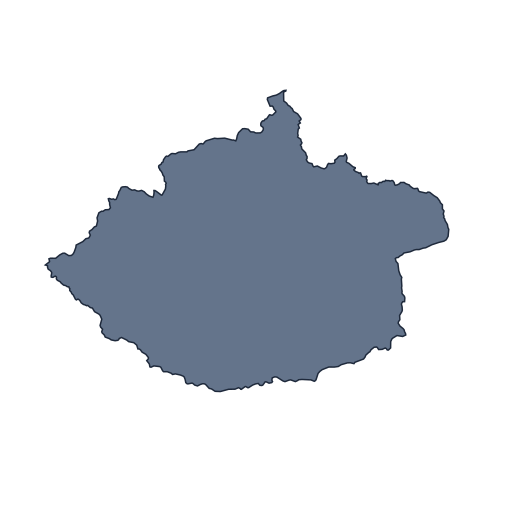 outline of Alpujarra, Tolima, Colombia, rotated 35°
{"feature_id": "7082276B44819240865688", "entity_name": "Alpujarra", "entity_type": "district", "adm_level": 2, "iso_a3": "COL", "parent_name": "Colombia", "parent_adm1": "Tolima", "projection": "orthographic", "projection_center": [-74.953, 3.394], "detail": "fine", "context": "isolated", "style": "filled", "palette": "slate", "viewbox_px": 512, "rotation_deg": 35, "n_neighbors": 0, "source": "geoboundaries", "source_scale": "gbopen_adm2", "svg_char_len": 6142}
<svg xmlns="http://www.w3.org/2000/svg" viewBox="0 0 512 512"><g transform="rotate(35 256 256)"><path d="M295.8,390.4L300.1,390.3L304.5,387.5L310.0,380.9L315.2,377.1L317.2,373.9L319.1,373.6L319.9,373.9L320.5,373.6L322.0,369.2L322.5,368.8L324.9,368.6L325.5,368.0L327.3,363.6L329.1,360.9L331.0,359.1L333.3,359.7L335.0,358.8L335.6,357.9L335.7,353.8L336.6,353.2L339.6,352.7L341.5,350.7L341.6,349.4L340.2,348.6L339.2,346.5L340.7,344.2L342.6,343.2L349.7,342.9L351.8,342.3L354.2,338.8L355.4,337.6L360.3,336.3L361.7,333.9L361.8,333.0L364.4,330.8L372.0,326.0L375.6,325.2L376.2,323.9L376.1,322.7L374.2,316.6L374.5,313.9L375.4,311.1L379.3,305.2L383.8,302.1L386.8,299.3L388.1,296.2L392.2,291.1L394.6,289.3L398.0,288.0L398.0,286.3L403.2,278.7L403.3,276.1L402.8,274.4L403.7,270.2L404.2,269.2L404.0,266.8L405.1,263.0L407.0,261.4L407.9,261.4L410.1,262.3L412.9,260.1L414.6,257.3L415.8,257.1L417.4,257.7L418.4,257.1L419.0,254.1L415.4,248.8L414.9,245.9L415.2,244.7L417.1,240.3L422.3,237.8L424.0,234.8L422.8,233.6L421.4,233.0L419.6,231.5L418.1,231.1L414.1,230.8L411.0,229.5L410.4,228.1L410.4,225.7L407.7,222.3L407.4,217.8L406.9,216.4L404.8,213.8L402.9,212.2L402.4,211.2L402.4,209.3L403.9,208.2L402.0,205.0L400.7,203.9L397.4,203.1L396.7,202.6L396.0,201.2L393.5,198.6L392.7,197.0L388.3,191.5L387.7,189.9L384.8,188.7L381.4,186.2L376.6,180.8L373.8,180.1L371.6,178.2L372.0,176.8L373.3,175.7L373.9,173.4L375.1,171.1L375.5,168.6L379.8,164.2L382.3,160.2L383.6,158.8L385.9,157.2L388.4,153.7L390.3,151.9L393.6,145.9L398.0,140.0L401.4,136.1L402.5,133.6L402.1,129.7L398.6,123.6L396.9,122.6L394.7,120.4L390.5,118.5L389.2,117.3L387.7,116.9L387.2,115.6L385.3,114.2L384.2,111.3L381.7,110.5L379.3,107.1L376.5,106.6L375.0,105.6L371.0,104.3L367.2,104.5L361.8,104.2L360.2,105.0L359.5,106.7L359.0,107.0L353.0,109.5L351.8,109.4L350.0,108.1L349.4,108.0L347.1,110.0L345.8,110.5L342.2,110.4L340.8,109.9L337.4,110.8L335.1,110.8L332.2,112.9L332.1,114.4L331.0,116.6L329.6,118.1L328.8,118.1L327.2,116.7L325.2,115.9L324.1,116.1L322.8,117.8L321.8,117.9L319.8,119.3L318.7,119.6L318.7,121.1L317.3,121.9L316.5,124.0L315.2,124.7L314.5,126.5L315.2,127.3L315.2,127.7L310.7,128.6L308.8,130.6L306.3,132.3L305.6,132.3L304.0,131.6L303.4,130.0L302.4,129.8L301.8,129.2L301.2,127.2L300.8,127.2L300.2,128.2L297.6,129.9L296.7,129.9L294.1,128.0L293.5,128.1L293.0,129.1L291.7,129.0L289.2,129.7L286.9,129.5L286.5,129.0L287.1,127.5L286.6,126.7L284.2,127.3L278.9,126.8L276.5,127.3L275.7,126.8L274.4,123.5L272.2,121.6L270.6,121.1L270.4,123.8L267.5,125.8L266.7,126.8L266.4,129.9L265.5,132.3L266.9,133.9L266.9,135.1L264.5,137.4L262.3,138.6L262.2,140.0L262.9,142.9L262.4,144.6L261.8,145.5L259.0,146.5L254.6,147.1L252.2,149.8L251.0,149.6L248.9,148.2L246.3,149.3L244.3,149.4L242.0,148.3L241.8,146.7L240.7,145.1L239.6,144.8L237.4,143.0L232.1,142.0L230.4,140.3L228.9,139.8L228.6,139.2L229.0,138.3L228.7,136.9L227.0,136.0L225.7,134.7L221.9,134.7L221.3,133.0L219.9,131.8L217.8,127.8L218.1,126.3L215.1,124.1L216.0,121.6L213.9,120.7L214.6,118.5L213.9,117.5L208.5,115.7L203.9,116.1L201.1,114.5L199.5,114.4L197.8,113.9L196.0,114.2L193.3,113.2L189.8,113.1L184.7,106.1L185.1,104.9L185.8,103.9L185.5,103.1L184.0,104.4L183.3,105.6L182.0,109.4L180.4,112.5L177.9,115.3L174.8,119.8L175.5,121.3L181.6,125.2L183.4,123.8L184.9,124.2L186.4,125.4L188.9,125.9L189.6,126.6L188.8,131.0L188.2,131.7L186.2,132.4L186.0,132.8L186.0,137.5L185.0,138.7L185.0,140.6L183.8,141.7L183.7,143.8L184.2,145.2L185.3,146.5L188.0,146.6L189.1,147.6L189.6,148.9L189.6,151.2L188.9,152.7L185.5,155.2L184.3,155.6L183.2,155.6L180.3,157.4L176.9,156.6L173.7,158.1L172.0,159.5L171.0,164.9L171.6,168.1L173.0,171.3L173.4,173.3L171.0,173.9L170.2,174.6L162.8,177.4L157.0,182.0L154.5,183.3L149.1,190.2L148.7,191.4L148.5,194.3L147.9,194.9L146.6,195.3L145.3,196.8L144.3,204.5L140.0,208.9L139.7,210.3L134.7,213.8L133.0,215.5L131.5,218.4L128.4,220.2L127.8,221.1L126.7,224.9L125.3,225.6L125.0,226.8L125.0,230.1L125.9,232.3L125.3,233.4L125.6,235.1L124.6,237.6L124.9,238.5L125.8,239.5L127.0,239.8L127.6,240.5L129.9,241.0L131.8,241.9L133.3,243.1L135.3,243.7L138.0,247.2L139.6,247.3L140.8,248.0L140.8,249.2L141.9,250.3L143.4,253.1L144.1,259.8L143.6,260.4L137.6,260.2L135.7,260.3L134.8,260.9L135.9,262.2L137.3,264.7L137.9,267.0L134.2,268.1L130.6,268.1L127.6,267.5L124.6,267.9L122.8,270.1L121.0,271.0L118.7,271.4L116.7,273.2L113.2,273.6L111.1,273.3L109.3,274.1L107.1,275.9L106.3,277.1L106.9,280.6L106.8,282.1L107.5,283.5L108.9,289.4L108.8,290.0L107.9,290.9L106.5,291.0L105.1,292.4L102.8,293.0L102.2,293.8L103.8,295.3L105.3,296.0L106.6,297.8L109.1,300.0L108.9,302.3L106.0,304.6L105.0,307.2L103.8,307.9L102.5,310.7L103.9,315.9L106.2,318.2L107.9,322.5L108.0,323.2L106.9,324.9L106.5,328.4L105.4,331.1L106.0,332.6L108.3,333.9L108.7,336.4L108.6,337.3L106.7,339.4L105.9,343.5L102.4,350.2L103.5,352.3L104.8,357.1L105.0,359.1L104.5,361.4L102.4,363.1L97.7,363.4L96.2,364.5L94.6,367.7L93.2,372.8L88.9,375.7L88.0,377.1L90.0,378.8L90.1,379.3L88.6,384.2L90.8,383.5L91.9,385.0L93.4,386.0L95.8,385.9L97.3,386.3L98.3,386.9L99.6,389.8L100.4,390.7L101.9,390.0L103.0,387.7L104.0,387.5L104.8,387.8L105.3,388.9L106.0,389.5L107.3,389.8L110.5,389.4L111.8,389.9L115.1,390.2L117.1,389.4L119.0,389.4L120.4,388.6L121.4,389.4L122.1,389.4L123.1,391.0L123.8,391.3L124.9,391.4L126.8,392.5L128.6,392.7L132.9,395.0L134.1,395.0L134.8,393.5L135.3,393.3L137.0,393.4L139.7,394.6L142.4,394.7L144.1,394.1L145.7,393.9L146.6,393.0L149.8,393.3L151.9,392.5L155.7,394.2L160.6,393.7L162.3,394.0L165.9,396.2L168.1,402.3L169.6,403.4L172.3,404.0L173.0,406.4L173.9,407.2L177.0,407.7L179.0,408.9L183.3,407.8L185.5,407.8L189.2,406.2L191.2,404.3L191.5,403.2L191.3,402.0L192.6,399.9L198.3,399.0L200.8,399.2L205.6,397.1L209.4,397.4L212.6,399.9L213.6,399.2L215.1,399.1L217.8,400.1L222.2,399.7L226.1,400.9L226.8,402.0L226.5,404.4L230.5,405.6L232.7,407.7L233.8,407.3L235.4,404.6L240.6,401.8L241.8,401.7L245.4,403.6L246.7,403.8L249.6,401.7L253.7,400.7L255.6,400.9L257.6,398.8L262.5,396.8L265.2,396.2L266.6,396.3L268.9,397.9L271.1,400.0L272.8,400.2L273.6,399.8L276.5,396.8L277.6,396.6L279.8,396.9L282.6,396.0L284.2,393.0L285.4,391.4L286.8,390.4L288.3,390.1L293.6,391.3L295.8,390.4Z" fill="#64748b" stroke="#1e293b" stroke-width="1.5"/></g></svg>